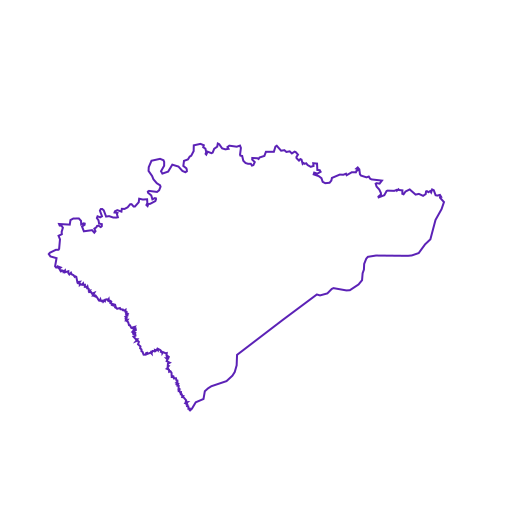 Samrong Thap, Surin, Thailand, rotated 251°
{"feature_id": "78962969B97732928781759", "entity_name": "Samrong Thap", "entity_type": "district", "adm_level": 2, "iso_a3": "THA", "parent_name": "Thailand", "parent_adm1": "Surin", "projection": "mercator", "projection_center": [103.962, 15.033], "detail": "fine", "context": "isolated", "style": "outline", "palette": "violet", "viewbox_px": 512, "rotation_deg": 251, "n_neighbors": 0, "source": "geoboundaries", "source_scale": "gbopen_adm2", "svg_char_len": 6086}
<svg xmlns="http://www.w3.org/2000/svg" viewBox="0 0 512 512"><g transform="rotate(251 256 256)"><path d="M349.2,100.7L350.9,95.4L350.4,92.3L346.3,90.1L350.4,80.2L348.7,80.3L347.9,82.0L345.6,82.6L342.1,80.1L339.8,79.5L339.4,75.9L335.6,76.1L326.9,72.2L326.2,71.3L327.0,68.8L326.2,62.2L325.3,60.7L322.5,61.5L318.9,66.7L311.7,62.7L310.2,63.2L309.9,64.1L310.6,64.8L309.6,65.2L310.2,65.8L308.7,67.6L308.1,65.9L304.1,66.6L305.2,66.7L305.7,67.7L304.9,68.7L303.7,68.7L304.5,70.6L302.8,70.0L302.7,73.6L300.9,73.0L299.3,73.5L300.4,75.6L298.7,75.7L297.3,77.2L295.3,77.8L295.6,78.5L294.8,79.3L289.5,78.6L289.0,80.9L288.0,79.2L287.2,80.5L286.0,80.0L286.4,81.1L285.5,82.0L286.4,83.6L284.9,83.4L284.5,84.9L282.6,84.1L282.3,85.3L281.0,85.7L281.9,86.7L280.0,86.5L279.4,87.1L277.6,86.6L277.4,88.0L276.1,86.8L275.5,88.4L273.0,88.8L273.8,89.0L273.9,91.2L271.7,88.9L271.0,91.4L270.4,91.6L270.2,90.7L268.8,92.2L265.0,93.0L264.5,93.8L265.7,94.8L264.3,94.9L263.3,95.6L263.6,96.5L262.5,96.6L263.4,98.0L262.5,98.5L263.8,99.4L263.6,101.0L262.2,101.5L263.2,102.7L261.2,102.3L260.6,102.7L260.9,103.8L260.0,104.3L258.8,103.1L257.8,104.2L256.7,103.7L255.8,104.8L257.2,104.9L255.8,106.9L254.1,106.8L252.6,105.6L253.2,106.8L251.3,107.5L251.1,110.4L249.8,110.5L248.7,112.7L248.0,112.6L247.3,113.9L247.6,115.1L245.9,114.4L245.4,115.3L244.6,114.7L243.6,115.6L243.5,114.8L242.5,115.3L242.5,114.3L241.4,114.7L241.1,112.9L239.6,113.6L239.3,111.6L238.9,112.7L237.5,111.9L237.3,113.6L236.6,112.7L235.0,113.6L232.0,113.4L231.6,114.2L228.6,114.7L227.6,116.1L228.6,116.4L228.5,118.4L227.2,117.0L226.3,117.4L226.5,118.5L225.1,118.3L224.8,116.9L225.7,116.3L224.5,114.4L223.5,115.7L223.5,114.7L222.1,114.6L221.9,116.5L219.9,116.1L219.6,113.9L216.5,115.3L215.9,116.8L214.5,114.7L214.6,116.5L212.9,117.3L210.9,115.7L208.1,117.3L206.5,116.4L204.9,117.3L203.3,116.7L202.4,117.5L199.3,117.6L198.6,119.6L200.0,120.6L199.9,121.6L198.8,121.6L198.9,124.9L197.7,125.5L199.4,125.8L199.0,126.5L199.9,127.2L199.0,129.3L197.9,129.5L200.1,129.9L199.3,131.0L199.9,131.9L198.8,132.5L200.2,133.0L198.2,134.9L196.9,135.4L196.3,134.9L195.4,136.0L194.6,135.8L195.4,136.8L193.4,139.0L193.3,140.0L191.3,139.1L189.0,140.7L188.4,140.2L189.1,139.1L188.0,139.2L188.5,137.9L187.0,138.6L185.7,137.3L183.2,139.7L182.9,137.7L180.9,136.8L180.4,137.6L179.5,136.1L178.5,136.2L178.3,135.1L176.8,136.7L174.8,136.2L174.9,137.6L173.0,138.1L170.1,137.2L169.5,138.2L168.8,137.3L168.1,138.8L166.9,138.6L166.5,140.5L164.2,140.3L163.8,141.1L162.4,140.7L162.0,139.4L160.6,140.7L160.2,139.5L159.7,140.2L158.9,139.6L158.4,140.6L156.1,139.7L155.2,140.3L155.0,139.2L153.5,138.9L153.4,139.8L151.7,139.8L151.6,140.7L149.7,139.9L149.3,140.8L147.7,140.6L147.3,141.5L146.5,140.5L146.0,141.5L142.2,143.0L140.7,141.9L140.2,143.5L139.6,141.7L139.0,142.7L138.1,142.0L137.4,142.7L136.4,142.0L135.8,143.0L133.5,142.4L133.3,143.7L132.2,143.7L131.1,142.6L132.5,145.7L137.3,151.4L137.9,159.8L144.8,163.6L146.5,167.6L147.4,171.4L147.3,187.4L150.5,194.7L153.2,198.1L158.9,202.1L168.7,205.9L186.8,260.3L199.8,301.0L197.9,303.7L197.4,311.3L200.2,316.9L200.4,318.8L194.0,330.3L193.1,333.6L195.7,343.7L198.6,348.4L205.0,351.2L208.0,353.6L213.3,355.7L217.6,359.4L218.8,361.5L217.4,369.5L206.7,399.7L205.8,403.5L205.8,410.8L212.0,419.7L215.0,426.3L231.7,437.5L239.9,446.7L245.8,451.3L251.1,449.0L251.7,449.1L251.6,450.3L253.9,449.8L254.1,447.1L255.0,445.6L260.3,445.5L261.6,444.2L259.1,442.3L260.7,441.9L260.2,439.8L261.7,438.7L261.7,437.8L259.3,436.6L258.5,433.6L261.7,430.2L262.1,426.9L268.9,423.0L268.3,418.4L266.3,415.6L267.2,414.6L270.4,415.8L271.8,412.7L272.7,412.4L271.9,410.5L272.7,410.4L272.6,407.9L275.0,401.6L274.9,400.6L271.7,397.1L271.5,391.1L272.3,391.1L273.5,394.2L274.9,394.6L278.7,394.2L282.4,392.6L285.4,392.7L285.6,393.7L284.2,396.4L286.3,399.6L290.8,390.2L291.9,389.1L294.4,388.5L294.4,386.1L297.9,381.4L299.4,380.9L304.3,381.9L306.6,381.0L305.9,379.3L305.0,380.4L303.9,380.0L303.7,378.6L302.6,377.7L304.0,373.9L302.9,368.0L304.5,367.9L304.4,365.0L305.7,361.7L305.1,353.2L302.8,351.8L301.3,349.4L302.3,345.2L304.4,343.2L308.3,343.2L311.1,341.3L314.4,337.1L315.9,338.2L313.9,340.8L314.6,344.5L316.4,344.2L317.4,342.0L323.5,343.8L325.1,340.3L322.4,339.7L322.5,336.8L325.2,334.4L327.3,333.7L327.4,331.9L328.4,331.3L327.9,330.1L332.3,330.4L333.2,329.5L332.2,327.7L335.3,326.2L336.4,326.4L338.2,328.7L341.3,327.4L342.1,326.5L341.3,323.3L344.0,321.9L344.5,318.6L346.8,317.3L347.4,314.0L353.5,311.5L353.1,310.0L348.7,306.8L351.3,299.3L347.9,296.5L348.0,291.4L346.9,290.0L348.0,289.1L349.9,284.4L348.4,283.8L345.2,285.4L342.8,283.1L342.8,281.6L344.9,281.1L345.7,278.6L347.3,276.4L350.2,275.0L355.1,275.5L356.0,273.9L357.0,273.9L363.1,276.9L365.6,276.8L365.6,273.4L369.0,266.7L368.3,264.5L366.3,264.9L366.8,261.8L368.8,259.0L373.7,257.6L374.8,256.5L372.0,254.9L371.0,251.4L367.9,248.7L367.7,247.4L370.4,244.2L368.1,242.0L369.0,241.6L370.5,242.8L374.0,243.1L376.0,241.5L377.7,242.7L380.1,240.0L380.9,233.2L375.5,231.2L371.9,227.4L371.6,225.7L369.5,223.1L369.4,218.9L364.8,216.6L361.6,218.7L360.4,218.7L358.6,218.2L358.2,216.5L360.4,214.1L365.8,211.8L369.6,206.6L364.4,200.4L364.4,194.3L367.1,193.8L371.2,198.5L374.8,199.8L376.7,199.7L379.1,196.9L380.1,188.2L374.9,183.5L371.4,182.1L365.5,183.8L361.9,184.0L357.1,185.9L354.1,188.3L352.6,188.3L349.7,185.8L348.8,183.3L352.4,176.0L352.1,174.7L351.0,174.5L347.4,176.7L343.3,176.5L343.7,179.1L343.1,180.1L342.3,180.0L340.7,178.7L339.8,172.9L340.2,171.1L338.5,169.7L339.9,169.0L341.4,170.5L345.1,171.5L346.2,167.4L348.2,164.2L345.0,162.6L342.2,157.6L342.6,156.4L345.5,155.2L345.9,153.9L343.8,150.4L343.3,147.0L344.3,144.5L341.8,143.2L344.5,139.8L344.2,137.2L343.2,136.4L341.8,139.0L340.6,138.1L337.6,138.0L337.8,136.4L338.9,133.5L341.5,130.1L342.1,127.1L348.7,126.9L350.5,125.9L350.9,124.5L349.7,123.2L343.7,123.3L343.3,121.3L345.1,119.1L343.7,117.9L341.0,118.7L337.8,118.2L336.3,120.6L334.4,119.9L333.9,118.6L335.9,117.0L336.2,115.6L335.1,114.4L334.5,112.1L331.7,112.3L330.7,110.7L333.8,109.4L335.4,101.3L340.5,101.1L341.3,104.1L342.4,104.6L343.0,103.7L342.8,101.0L346.2,102.0L349.2,100.7Z" fill="none" stroke="#5b21b6" stroke-width="2"/></g></svg>